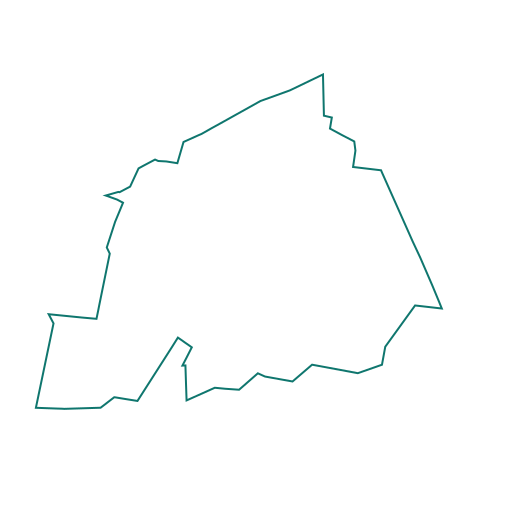 Bacoachi, Sonora, Mexico, rotated 101°
{"feature_id": "50627088B75325241726105", "entity_name": "Bacoachi", "entity_type": "district", "adm_level": 2, "iso_a3": "MEX", "parent_name": "Mexico", "parent_adm1": "Sonora", "projection": "orthographic", "projection_center": [-109.957, 30.68], "detail": "fine", "context": "isolated", "style": "outline", "palette": "teal", "viewbox_px": 512, "rotation_deg": 101, "n_neighbors": 0, "source": "geoboundaries", "source_scale": "gbopen_adm2", "svg_char_len": 1178}
<svg xmlns="http://www.w3.org/2000/svg" viewBox="0 0 512 512"><g transform="rotate(101 256 256)"><path d="M434.6,379.6L421.7,368.2L421.6,366.9L421.3,356.4L420.9,344.7L361.6,321.2L351.0,317.1L352.7,313.2L354.7,308.8L356.0,305.8L357.9,301.6L369.1,304.8L377.6,307.3L376.9,304.4L394.0,300.5L411.0,296.6L410.8,296.3L393.2,271.3L392.2,260.9L390.5,247.1L389.1,246.0L380.6,239.4L370.8,231.8L372.6,224.2L372.5,216.5L372.2,196.2L352.0,180.2L351.6,133.7L338.7,111.6L320.4,111.8L274.2,90.4L272.1,63.6L266.4,67.3L251.0,77.5L226.2,94.5L211.8,105.0L202.5,111.5L150.1,148.2L148.0,149.6L150.1,177.7L133.6,178.5L124.8,181.4L120.9,194.6L116.8,207.7L105.6,208.0L105.3,216.1L65.0,224.9L72.6,235.1L87.0,254.4L103.0,281.2L129.7,312.8L138.9,323.8L146.6,332.8L148.5,335.6L157.9,348.9L179.9,350.9L180.3,362.1L181.4,370.1L180.6,373.5L189.0,383.9L192.4,388.0L211.9,392.8L219.4,402.1L219.4,403.4L225.3,415.0L227.1,403.2L229.1,396.7L237.5,398.4L249.7,400.9L250.0,400.9L276.1,404.1L281.6,400.0L312.6,400.3L335.3,400.5L339.5,400.5L348.1,400.6L349.6,415.0L350.1,420.3L352.7,448.4L360.8,441.9L447.0,443.1L443.8,422.7L443.0,417.8L442.6,414.9L434.6,379.6Z" fill="none" stroke="#0f766e" stroke-width="2"/></g></svg>